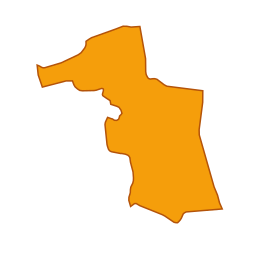 the border of Bangkok Metropolis, rotated 81°
{"feature_id": "THA-416", "entity_name": "Bangkok Metropolis", "entity_type": "Province", "adm_level": 1, "iso_a3": "THA", "parent_name": "Thailand", "parent_adm1": "", "projection": "mercator", "projection_center": [100.599, 13.72], "detail": "fine", "context": "isolated", "style": "filled", "palette": "amber", "viewbox_px": 256, "rotation_deg": 81, "n_neighbors": 0, "source": "natural_earth", "source_scale": "10m", "svg_char_len": 1541}
<svg xmlns="http://www.w3.org/2000/svg" viewBox="0 0 256 256"><g transform="rotate(81 128 128)"><path d="M74.2,206.2L61.6,208.4L51.7,207.9L52.8,206.0L53.7,204.8L54.5,203.9L55.0,203.0L55.4,201.8L55.4,200.5L53.2,183.9L47.9,165.7L46.3,162.5L42.2,158.2L40.9,157.3L39.8,156.7L38.5,156.3L35.8,155.9L34.2,152.6L33.1,149.9L28.3,124.4L26.7,117.0L27.4,113.1L28.8,109.2L29.6,100.4L62.2,99.8L75.1,101.7L77.8,101.7L79.1,101.4L81.4,100.6L82.4,99.8L83.1,98.5L83.2,95.8L83.5,93.8L84.4,91.8L90.9,85.6L92.8,83.1L102.9,48.3L114.3,50.2L140.8,58.0L146.0,58.7L199.6,52.2L208.3,50.1L216.2,49.3L222.7,47.6L220.0,83.6L220.6,85.5L221.5,86.9L225.4,89.4L227.0,90.8L228.4,92.5L229.3,93.8L229.1,95.3L228.3,97.3L220.7,105.4L218.9,107.8L206.6,128.4L203.9,131.7L203.7,133.4L205.9,137.7L199.6,138.5L196.5,137.9L193.3,136.3L192.1,135.8L189.4,135.3L186.9,134.5L186.0,133.9L183.2,131.9L180.8,130.9L178.1,130.4L172.2,129.9L162.2,130.9L157.7,130.8L156.2,131.3L154.8,132.4L153.4,134.8L152.2,138.2L152.0,139.4L149.0,147.7L148.4,148.8L147.5,149.8L146.0,150.6L143.1,151.1L141.0,151.3L121.2,150.2L120.1,149.9L118.7,149.4L114.3,146.5L116.3,142.8L116.7,141.8L117.5,141.1L118.3,140.0L118.7,137.9L117.9,135.9L116.3,135.0L114.8,134.4L114.0,133.2L112.6,131.7L109.4,132.1L106.2,133.6L104.8,135.6L101.9,141.3L98.1,141.4L95.7,144.1L93.0,147.0L92.0,147.9L90.7,148.0L87.6,146.6L86.5,146.3L85.6,146.3L85.1,146.9L84.8,148.1L85.7,153.5L85.7,155.7L84.1,167.3L83.3,169.8L81.5,171.8L79.1,173.8L76.8,174.7L72.8,175.5L71.8,181.7L74.2,206.2Z" fill="#f59e0b" stroke="#b45309" stroke-width="1.5"/></g></svg>